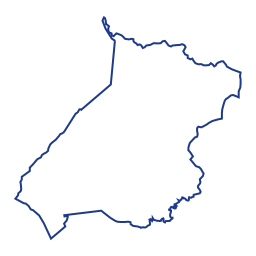 Kubang Pasu, Kedah, Malaysia (orthographic projection)
{"feature_id": "92858781B58701158776704", "entity_name": "Kubang Pasu", "entity_type": "district", "adm_level": 2, "iso_a3": "MYS", "parent_name": "Malaysia", "parent_adm1": "Kedah", "projection": "orthographic", "projection_center": [100.431, 6.377], "detail": "fine", "context": "isolated", "style": "outline", "palette": "blue", "viewbox_px": 256, "rotation_deg": 0, "n_neighbors": 0, "source": "geoboundaries", "source_scale": "gbopen_adm2", "svg_char_len": 3576}
<svg xmlns="http://www.w3.org/2000/svg" viewBox="0 0 256 256"><path d="M165.0,222.3L165.7,221.1L168.2,221.0L168.8,221.0L169.7,221.0L170.3,220.2L171.5,219.2L172.5,218.4L172.5,217.7L171.5,217.6L170.6,217.2L170.2,216.3L170.1,215.5L170.2,214.1L170.6,213.0L171.0,211.9L171.0,210.8L170.5,210.7L169.8,210.3L169.1,209.9L169.1,209.5L170.4,209.3L170.5,207.8L171.2,206.9L172.2,207.1L173.0,207.4L173.4,208.1L174.6,208.5L175.5,208.4L175.9,207.8L175.2,207.4L174.4,207.0L174.1,206.4L175.9,206.3L176.6,205.9L176.1,205.4L174.8,205.0L174.6,204.3L175.8,203.9L177.2,203.1L178.2,202.4L179.1,202.0L179.3,201.2L178.6,200.2L179.9,200.7L180.6,200.3L181.1,199.6L181.7,198.6L182.3,197.4L183.0,197.6L182.8,198.4L184.6,198.3L185.6,199.1L186.3,200.0L187.4,200.5L188.6,200.4L188.9,199.7L188.8,198.5L189.2,197.2L190.2,197.7L191.4,197.7L192.3,196.9L193.3,196.7L193.4,197.7L193.7,194.8L195.4,194.4L199.8,193.3L200.6,191.9L200.0,190.2L197.9,187.3L198.1,185.8L200.0,183.5L200.4,182.1L199.8,179.3L202.9,176.0L203.6,173.5L202.5,171.8L201.0,169.1L199.2,167.2L196.0,166.2L190.4,159.5L192.9,156.4L190.6,152.8L188.3,150.1L188.5,147.2L189.8,143.0L194.4,138.0L195.0,137.4L197.1,136.7L197.7,134.2L197.1,130.9L197.1,128.2L198.3,126.7L201.5,127.3L204.2,125.9L206.9,124.4L209.2,122.7L212.7,120.9L218.0,119.4L221.9,118.6L221.9,116.9L221.9,112.9L222.3,109.2L223.6,104.4L224.7,100.9L226.0,99.0L227.3,98.3L230.9,95.4L233.1,95.0L238.7,97.3L238.7,94.1L238.7,91.4L240.3,87.5L240.6,83.6L240.6,79.4L240.0,76.1L240.6,72.5L236.9,71.2L231.9,69.3L226.9,66.6L226.1,64.9L224.2,62.6L223.2,61.3L221.5,61.3L218.2,62.6L216.5,63.9L215.9,65.3L214.2,66.4L212.9,64.7L210.8,63.2L209.0,65.1L206.5,65.3L203.7,65.3L201.2,64.1L198.5,64.3L195.4,63.2L193.5,60.7L192.3,58.6L190.4,59.3L187.7,58.0L187.7,55.5L185.0,54.3L183.3,51.3L184.1,49.9L185.6,47.2L184.5,45.3L182.2,44.2L179.9,44.9L176.8,45.1L172.6,45.5L171.0,46.5L168.5,45.5L167.4,44.0L166.2,42.4L164.9,40.9L162.6,41.3L160.7,43.2L158.2,43.4L153.6,43.2L152.0,44.0L150.3,44.9L146.3,45.5L144.7,47.2L142.8,48.0L141.3,45.5L139.6,44.4L137.6,45.1L136.5,43.6L134.4,42.4L133.4,40.9L133.4,39.2L131.7,38.8L128.8,39.4L125.0,38.8L123.2,36.8L121.6,35.4L119.8,34.6L118.0,33.9L116.4,33.4L114.7,35.0L113.6,36.2L111.8,35.4L111.5,33.3L109.2,32.5L108.3,30.5L108.3,28.2L109.0,26.3L106.8,24.5L106.1,24.2L105.7,20.7L105.1,18.4L104.3,17.5L103.9,17.4L102.5,20.7L105.6,28.7L111.8,38.6L114.6,40.5L114.8,41.8L110.8,84.5L81.3,109.7L81.1,109.3L79.5,109.3L78.7,110.5L78.1,111.8L77.0,112.9L75.7,113.6L64.4,131.4L63.6,132.4L61.8,133.6L60.4,134.0L59.1,135.8L55.9,139.6L54.0,141.1L52.4,142.4L51.2,143.4L50.1,144.7L48.4,148.4L48.0,150.9L46.1,152.6L44.0,153.6L41.9,155.1L40.9,157.4L37.9,158.9L36.7,159.9L32.7,164.7L29.8,167.6L29.8,171.0L21.8,176.8L21.8,179.5L20.4,182.0L20.8,184.1L21.0,186.4L21.2,188.9L21.0,190.6L19.5,192.3L18.3,193.3L18.1,195.2L15.4,198.7L23.9,203.3L25.6,203.5L28.5,205.8L30.8,209.4L33.1,210.2L39.2,215.5L43.8,223.2L51.0,238.6L65.3,226.5L64.1,223.7L65.3,222.1L66.7,220.5L67.2,219.0L67.6,217.6L67.8,216.1L65.7,216.2L64.5,216.4L64.3,215.2L101.2,210.7L110.6,218.0L115.0,220.7L117.3,221.7L120.6,222.0L124.8,222.0L128.2,221.7L130.5,222.2L130.7,224.3L133.2,225.9L137.6,226.5L140.3,227.3L140.8,227.8L143.0,227.2L144.2,227.5L145.6,227.4L146.9,226.6L147.9,225.6L149.6,225.0L150.1,223.9L149.8,222.4L149.7,221.4L149.8,220.3L149.5,219.6L150.6,219.1L151.3,220.2L152.1,221.1L152.7,220.2L152.7,218.0L153.7,219.6L154.7,220.1L155.9,220.4L157.0,220.8L158.6,220.8L159.6,221.1L161.0,220.8L161.2,219.7L162.1,218.8L163.3,218.4L163.6,219.0L163.4,221.1L164.1,222.0L164.9,222.2L165.0,222.3Z" fill="none" stroke="#1e3a8a" stroke-width="2"/></svg>